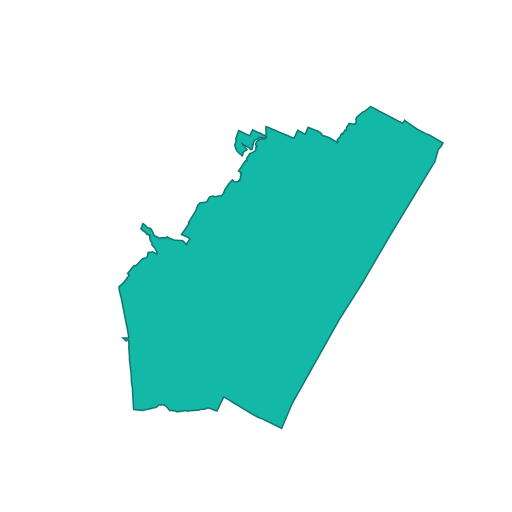 Dragoesti, Vâlcea, Romania (Natural Earth projection), rotated 212°
{"feature_id": "2599482B56632768650185", "entity_name": "Dragoesti", "entity_type": "district", "adm_level": 2, "iso_a3": "ROU", "parent_name": "Romania", "parent_adm1": "Vâlcea", "projection": "natural_earth1", "projection_center": [24.313, 44.81], "detail": "fine", "context": "isolated", "style": "filled", "palette": "teal", "viewbox_px": 512, "rotation_deg": 212, "n_neighbors": 0, "source": "geoboundaries", "source_scale": "gbopen_adm2", "svg_char_len": 6044}
<svg xmlns="http://www.w3.org/2000/svg" viewBox="0 0 512 512"><g transform="rotate(212 256 256)"><path d="M315.2,333.0L314.2,332.1L314.9,331.9L315.1,331.8L315.4,331.0L315.4,330.5L315.7,326.6L315.6,323.7L315.9,318.8L315.8,318.7L314.2,318.9L312.6,318.9L312.2,318.8L312.1,318.7L312.0,318.0L312.1,317.8L313.3,317.6L312.1,317.3L311.7,317.1L311.6,316.9L311.2,315.0L310.4,313.8L310.4,312.8L310.2,312.1L309.7,311.5L309.8,311.3L310.4,311.2L310.7,311.0L310.7,310.6L310.4,310.1L310.4,309.9L311.4,308.8L311.9,308.6L312.0,308.3L312.3,308.0L313.9,307.5L314.4,307.6L315.1,307.7L316.2,308.2L316.4,308.1L316.7,307.0L316.7,306.3L316.9,305.6L316.9,304.6L317.4,302.5L317.3,300.6L317.5,299.4L317.6,296.8L317.6,295.9L317.3,294.1L316.9,292.4L316.9,291.2L316.9,290.2L317.3,288.6L317.5,288.4L319.8,287.0L320.1,286.7L320.5,285.9L321.2,285.2L322.4,284.6L323.6,284.2L324.1,284.0L324.7,283.6L325.5,282.9L326.5,281.7L326.7,281.1L326.6,279.4L326.6,278.3L326.5,276.8L326.6,275.8L326.9,275.3L327.7,274.5L331.6,271.4L331.8,271.1L331.9,270.6L331.8,268.9L331.9,268.7L332.1,268.4L332.3,268.3L331.0,262.0L331.0,248.5L330.0,248.3L330.6,234.6L329.5,234.9L327.0,235.2L324.4,235.7L323.8,235.7L322.1,235.6L321.3,235.7L321.1,234.1L321.1,232.7L321.3,231.1L321.3,230.0L321.1,228.8L321.9,228.9L325.1,229.9L325.8,230.1L326.4,230.1L327.9,229.4L330.5,227.8L331.6,227.3L332.9,226.5L333.8,226.1L339.1,225.2L341.2,225.3L341.5,225.1L341.9,224.0L342.1,223.8L342.9,223.4L344.1,222.3L345.8,221.5L346.9,220.2L347.9,219.7L348.2,219.7L348.8,219.9L349.4,219.9L350.4,219.6L351.2,219.7L352.6,219.5L353.3,219.6L354.2,220.0L356.1,221.4L358.8,223.0L360.4,223.5L360.8,223.4L362.1,222.7L363.2,222.7L364.1,222.6L364.7,222.6L365.4,223.1L366.6,223.4L367.4,223.5L369.1,223.5L369.0,222.7L368.4,220.7L368.2,219.1L368.2,218.2L367.1,218.0L366.1,217.6L365.3,217.4L363.7,217.8L363.1,217.5L362.5,217.3L361.9,217.4L361.3,217.1L360.9,217.3L360.7,217.2L360.5,216.8L359.6,216.6L358.1,217.3L357.8,217.6L357.6,217.5L357.6,217.2L356.8,217.4L356.5,217.2L356.5,216.3L356.3,215.7L354.8,214.1L353.4,212.8L352.2,212.5L351.5,212.3L350.9,211.6L350.4,210.4L346.1,209.2L344.6,208.1L343.1,207.5L341.7,206.4L341.2,205.0L345.8,204.8L346.9,203.7L349.3,201.9L348.9,200.6L348.0,198.4L347.9,197.0L348.4,196.0L349.5,195.0L350.4,193.9L351.2,192.0L351.9,188.1L352.1,186.0L353.2,183.8L354.4,183.1L355.7,173.1L353.4,172.8L354.0,164.5L354.5,162.7L354.7,161.0L354.9,160.5L355.5,159.0L355.8,157.7L355.8,157.4L355.3,156.5L354.2,154.9L353.7,154.4L351.5,152.3L350.4,151.1L348.6,149.6L339.4,139.7L328.4,128.0L325.1,124.5L320.6,119.3L320.7,119.1L322.2,117.9L325.4,115.9L324.0,115.8L323.4,115.9L322.9,115.8L322.9,115.6L322.0,115.2L321.1,115.2L320.9,115.2L320.7,115.5L320.7,116.2L320.4,116.8L319.9,117.1L319.2,117.2L317.2,114.0L315.9,112.1L315.3,110.7L314.8,110.2L311.5,105.7L309.2,102.4L308.2,100.7L305.3,97.4L303.0,94.2L300.5,91.4L296.9,86.3L295.1,83.5L293.2,81.1L291.5,79.4L278.8,61.4L278.4,61.3L278.1,61.0L274.9,62.7L270.4,64.8L266.0,69.3L264.7,70.4L263.1,72.2L260.8,74.3L260.4,74.9L259.3,78.6L257.3,79.4L257.1,80.1L255.5,80.7L253.6,81.1L249.6,80.1L248.3,79.5L247.6,79.3L247.0,79.3L246.4,79.6L245.8,80.3L245.1,80.7L244.1,80.8L243.6,81.2L242.1,82.0L240.6,81.9L237.8,84.1L235.3,86.3L232.9,88.1L232.0,88.1L229.4,90.2L224.9,93.5L222.8,95.0L222.1,96.1L221.2,96.9L218.0,99.1L217.6,100.1L216.7,101.2L215.7,101.9L213.5,102.6L208.7,103.3L207.0,103.8L208.5,118.0L208.6,119.4L204.0,119.6L197.0,119.5L192.0,119.7L176.2,119.9L169.4,120.2L164.4,121.2L142.9,123.4L147.1,149.5L151.7,247.1L151.5,277.2L151.5,292.1L152.0,305.2L152.9,335.1L153.2,345.0L154.3,426.3L154.2,430.4L157.8,442.8L157.2,446.7L157.3,451.0L164.6,450.7L173.1,450.5L174.9,450.1L176.2,449.7L178.4,449.6L183.5,449.2L186.6,449.0L190.0,449.1L197.3,449.4L201.9,449.9L201.8,449.0L201.9,447.8L202.0,446.2L237.9,443.5L240.2,437.1L240.3,436.9L240.8,436.0L241.9,434.3L243.5,429.1L244.1,426.7L244.1,425.9L243.8,425.1L243.7,424.8L242.7,423.8L242.4,423.1L241.8,421.8L241.7,421.4L241.7,421.0L241.8,420.6L241.9,420.2L242.2,420.1L242.3,420.3L242.5,420.3L242.9,419.6L243.1,419.4L244.8,418.8L245.9,418.2L247.5,417.6L247.2,416.6L247.1,415.9L247.5,413.5L246.8,412.1L246.4,411.0L246.2,410.2L246.5,410.1L247.1,410.1L247.3,409.8L247.1,405.3L247.3,405.2L248.0,405.4L248.1,405.1L248.3,403.5L247.8,401.7L247.8,401.1L247.8,400.8L248.5,399.4L248.5,398.1L248.6,397.3L248.5,397.1L247.8,396.8L246.9,396.0L246.7,395.5L246.7,395.2L247.1,395.1L249.2,395.3L256.5,395.2L260.5,394.4L263.2,393.4L265.9,394.5L266.4,394.8L269.2,394.5L269.9,394.7L272.8,394.0L280.0,392.8L278.8,385.3L287.3,384.8L286.1,376.4L288.1,375.6L290.1,375.2L292.5,375.0L297.8,374.0L304.1,373.0L306.8,372.7L309.1,372.2L313.8,371.6L316.1,371.0L315.6,369.9L312.7,365.9L311.4,363.2L314.2,362.5L317.6,362.5L320.3,361.8L322.5,361.5L325.8,361.3L325.0,354.7L330.3,353.9L334.4,353.6L337.2,353.2L335.3,344.9L335.2,344.8L334.9,344.3L334.3,343.8L334.0,343.0L333.4,342.1L333.1,339.4L332.9,339.1L332.1,338.0L331.2,337.6L330.4,336.6L329.1,335.7L328.1,335.2L325.7,334.4L324.5,334.1L322.3,334.0L321.8,333.9L320.9,333.4L320.6,333.7L320.6,334.0L321.2,335.1L321.6,337.9L321.2,339.0L320.0,340.9L319.9,341.2L323.0,342.6L324.9,343.2L326.0,343.3L327.0,343.9L324.7,343.9L320.9,344.1L318.7,344.1L318.1,343.9L317.3,343.3L317.0,343.2L316.8,343.3L316.3,343.7L316.0,344.2L315.9,344.8L316.2,345.6L316.3,346.1L317.0,347.8L317.3,348.1L317.9,348.2L318.1,348.4L318.1,348.6L317.6,348.7L317.5,349.0L318.3,351.4L318.2,352.8L318.3,353.0L318.7,353.2L318.4,353.6L318.1,354.1L317.7,354.5L317.4,355.3L316.0,357.2L316.0,357.5L316.2,358.1L316.2,358.3L315.9,358.5L315.4,358.6L315.0,359.0L311.4,360.6L311.2,360.8L310.7,362.7L310.5,362.8L310.3,362.8L310.0,360.9L310.1,360.6L310.7,359.7L310.8,359.6L312.4,359.0L313.0,358.6L313.5,358.2L314.4,357.0L315.3,355.4L315.7,354.4L315.8,353.9L315.9,353.0L315.8,351.8L315.7,351.1L315.3,350.2L315.0,349.9L313.2,349.8L312.9,349.5L312.9,349.3L313.6,349.0L313.8,348.7L313.8,348.4L313.3,347.3L312.7,346.6L312.5,346.2L312.3,345.5L312.9,343.8L313.5,342.4L315.2,340.0L315.6,339.1L315.5,337.0L315.7,334.7L315.6,333.7L315.2,333.0Z" fill="#14b8a6" stroke="#0f766e" stroke-width="1.5"/></g></svg>